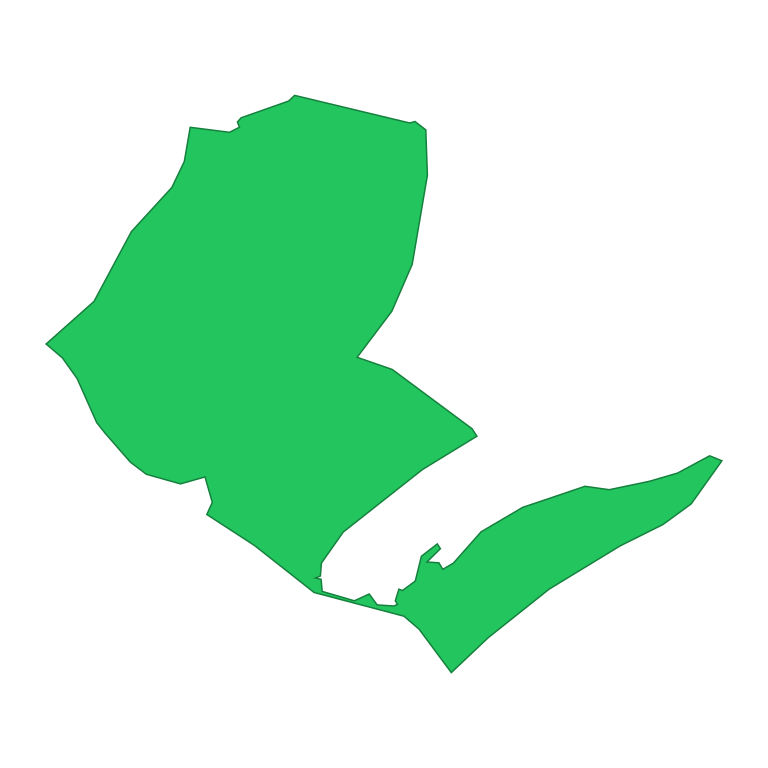 Donaghmede Lea-5, Dublin, Ireland
{"feature_id": "5873133B22285144111595", "entity_name": "Donaghmede Lea-5", "entity_type": "district", "adm_level": 2, "iso_a3": "IRL", "parent_name": "Ireland", "parent_adm1": "Dublin", "projection": "orthographic", "projection_center": [-6.157, 53.388], "detail": "fine", "context": "isolated", "style": "filled", "palette": "green", "viewbox_px": 768, "rotation_deg": 0, "n_neighbors": 0, "source": "geoboundaries", "source_scale": "gbopen_adm2", "svg_char_len": 1014}
<svg xmlns="http://www.w3.org/2000/svg" viewBox="0 0 768 768"><path d="M105.0,433.1L130.5,462.3L146.4,474.3L180.5,483.9L205.0,476.9L212.3,502.4L206.8,514.5L254.5,545.5L314.1,592.5L403.9,616.2L419.0,629.1L451.3,672.6L488.3,637.6L549.2,589.1L620.1,545.9L663.0,524.5L691.2,503.9L721.9,460.8L709.6,455.8L677.5,473.1L649.3,481.3L609.3,489.7L585.0,486.3L522.6,507.4L481.1,531.8L453.4,563.1L442.8,569.3L438.9,562.8L426.9,562.0L440.4,548.7L437.3,543.9L421.4,556.2L415.3,581.0L402.5,590.5L398.9,589.2L395.3,600.8L397.5,604.5L393.7,606.0L377.2,604.9L369.2,594.0L354.3,600.8L322.2,591.4L321.1,579.3L315.4,578.0L320.4,576.0L321.4,563.1L343.3,532.0L422.5,469.5L476.9,436.2L472.0,428.7L392.3,369.5L357.1,357.3L391.8,311.3L412.2,264.4L427.4,175.3L425.8,129.9L415.0,121.5L409.7,123.0L294.6,95.4L288.7,101.0L241.1,117.8L237.4,122.0L239.5,127.2L229.5,132.3L190.2,127.3L184.3,161.5L171.9,187.4L131.4,231.6L94.0,301.4L46.1,344.0L62.4,357.9L77.2,378.7L96.7,422.6L105.0,433.1Z" fill="#22c55e" stroke="#15803d" stroke-width="1.5"/></svg>